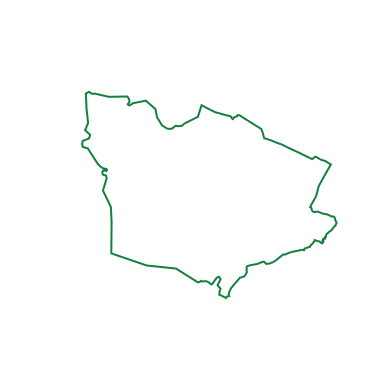 outline of Bankass, Mopti, Mali, rotated 300°
{"feature_id": "8926073B46110396602069", "entity_name": "Bankass", "entity_type": "district", "adm_level": 2, "iso_a3": "MLI", "parent_name": "Mali", "parent_adm1": "Mopti", "projection": "robinson", "projection_center": [-3.598, 13.688], "detail": "fine", "context": "isolated", "style": "outline", "palette": "green", "viewbox_px": 384, "rotation_deg": 300, "n_neighbors": 0, "source": "geoboundaries", "source_scale": "gbopen_adm2", "svg_char_len": 3643}
<svg xmlns="http://www.w3.org/2000/svg" viewBox="0 0 384 384"><g transform="rotate(300 192 192)"><path d="M98.5,152.8L105.7,189.5L117.7,216.4L116.7,242.2L117.2,242.9L117.9,243.5L118.6,243.9L119.7,244.3L119.6,244.9L119.8,245.8L120.8,247.2L121.6,248.5L122.0,249.6L122.1,251.8L121.7,253.7L121.7,254.1L121.8,255.3L123.3,255.7L126.6,255.9L128.6,256.1L129.9,256.3L130.8,256.7L131.8,257.4L132.1,257.9L131.5,258.9L130.9,260.2L130.5,260.4L125.7,260.6L124.8,260.7L124.1,260.7L124.0,261.1L123.8,261.6L123.0,263.6L122.8,264.4L122.6,265.0L121.9,265.2L120.6,265.3L118.2,266.3L117.0,266.8L116.6,267.2L116.9,268.4L117.1,270.4L117.1,272.6L117.2,273.3L117.3,273.8L117.1,274.4L118.3,274.5L119.3,274.9L120.0,275.4L120.5,276.2L121.1,275.5L122.4,274.6L123.0,274.4L123.5,274.3L123.8,274.3L125.9,274.2L126.6,274.1L127.4,273.8L131.9,274.5L139.2,275.9L141.7,276.4L144.2,278.7L144.9,279.3L146.0,279.7L148.7,279.6L150.1,279.6L150.7,279.0L151.1,278.6L152.1,278.2L153.4,277.4L154.6,276.7L155.1,276.7L157.7,279.1L162.4,284.6L165.9,287.3L167.4,288.7L167.6,289.4L167.2,290.9L167.1,291.6L166.9,292.4L167.4,293.0L168.2,294.0L168.6,294.8L169.8,295.6L171.8,297.3L174.5,298.7L177.2,299.8L178.6,300.2L180.4,301.0L181.7,301.5L182.7,302.0L183.6,302.2L184.0,303.1L184.5,304.1L185.8,304.8L187.6,306.3L190.4,308.8L194.4,313.4L196.4,315.4L197.0,316.4L197.4,317.5L197.6,318.1L198.6,317.8L199.3,317.8L200.9,319.1L201.5,319.8L202.8,320.8L203.5,321.6L204.9,321.3L206.6,321.9L208.1,322.2L209.6,322.4L210.6,322.5L211.2,322.3L211.7,322.2L211.9,323.1L212.1,324.8L212.4,325.6L212.8,326.8L212.7,328.1L212.5,329.3L212.4,329.9L212.5,330.3L213.1,330.5L213.8,330.7L214.3,330.0L214.8,329.4L215.3,329.4L215.6,330.1L216.1,329.6L216.3,329.2L217.1,329.1L217.7,330.1L218.1,330.5L218.5,330.1L219.1,329.6L219.7,329.8L220.1,330.4L220.7,330.2L221.1,330.0L222.0,329.6L223.3,329.7L224.9,330.4L226.6,330.8L227.9,331.6L228.6,332.0L230.7,332.0L231.2,332.3L231.9,332.4L233.2,332.5L233.7,332.6L234.6,333.1L235.7,332.8L236.5,332.7L237.2,332.8L238.0,332.3L238.4,331.4L238.8,330.6L239.7,330.0L240.5,328.9L241.3,328.3L241.6,327.3L241.5,327.1L241.1,326.1L240.5,324.6L240.4,322.0L240.2,320.0L239.5,318.6L238.6,315.7L238.2,312.7L237.8,310.5L236.7,309.0L236.0,308.3L235.7,307.4L235.5,306.6L235.8,305.7L236.4,304.6L237.5,303.8L237.7,303.6L238.1,302.7L238.0,301.9L239.5,301.7L247.3,301.6L250.4,301.6L256.5,299.9L260.5,298.8L269.9,298.6L280.2,298.5L281.3,298.5L283.6,298.5L284.8,298.5L285.3,298.5L285.3,295.1L285.5,291.8L284.7,288.9L284.4,287.3L284.5,282.7L284.5,282.0L284.3,281.2L283.8,280.9L281.7,280.1L280.9,279.8L280.5,279.1L280.0,271.8L279.3,262.7L278.5,253.4L278.0,245.5L277.4,243.2L276.2,234.4L275.1,229.3L274.7,227.8L275.0,227.3L277.9,224.3L279.1,223.2L280.7,221.1L281.2,220.5L281.3,217.6L281.5,212.1L281.8,204.1L282.0,198.6L282.2,195.1L281.9,193.7L281.4,193.1L280.3,193.2L279.5,192.5L278.0,191.4L277.2,191.0L276.0,191.0L275.6,191.0L275.6,190.2L276.1,189.1L276.8,187.8L276.9,187.6L276.0,184.7L272.7,172.1L272.2,164.2L272.0,156.9L263.8,158.7L260.0,159.5L247.8,151.4L243.9,149.9L242.0,146.9L241.1,144.7L236.7,142.9L234.8,139.8L234.5,138.3L234.7,132.8L239.2,124.4L245.5,118.9L248.0,106.4L239.5,96.6L235.9,94.8L235.5,93.6L236.0,92.4L238.6,92.9L240.9,91.2L242.4,88.3L232.9,72.5L228.6,58.7L227.1,56.5L227.2,52.6L224.2,50.9L211.4,59.0L204.4,64.2L199.6,67.6L192.1,68.5L190.6,75.2L187.0,76.1L181.5,71.8L180.6,72.2L178.6,72.8L177.5,74.0L176.4,74.7L177.7,79.9L169.2,96.4L168.1,100.4L168.1,103.3L169.1,106.3L168.6,107.4L167.3,107.3L166.9,105.5L166.2,104.4L164.4,104.4L162.7,105.7L162.5,107.2L163.2,108.4L163.2,109.5L161.3,111.2L148.7,114.2L138.5,129.2L126.1,137.2L98.5,152.8Z" fill="none" stroke="#15803d" stroke-width="2"/></g></svg>